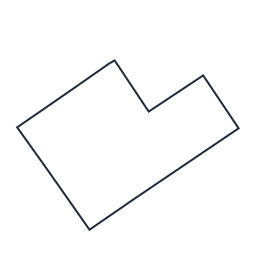 Gaiman, Chubut, Argentina (Equal Earth projection), rotated 147°
{"feature_id": "61730980B48415799275237", "entity_name": "Gaiman", "entity_type": "district", "adm_level": 2, "iso_a3": "ARG", "parent_name": "Argentina", "parent_adm1": "Chubut", "projection": "equal_earth", "projection_center": [-66.074, -43.318], "detail": "fine", "context": "isolated", "style": "outline", "palette": "slate", "viewbox_px": 256, "rotation_deg": 147, "n_neighbors": 0, "source": "geoboundaries", "source_scale": "gbopen_adm2", "svg_char_len": 435}
<svg xmlns="http://www.w3.org/2000/svg" viewBox="0 0 256 256"><g transform="rotate(147 128 128)"><path d="M220.6,188.9L218.3,137.0L218.2,132.8L218.1,131.4L217.9,124.3L217.7,120.8L217.5,114.2L215.7,63.7L163.9,65.1L35.4,67.5L36.3,129.0L36.4,131.2L40.9,131.1L101.7,130.5L102.2,175.0L102.3,184.1L102.4,190.0L102.5,192.0L109.5,192.3L147.5,191.0L199.5,189.5L204.5,189.4L220.6,188.9Z" fill="none" stroke="#1e293b" stroke-width="2"/></g></svg>